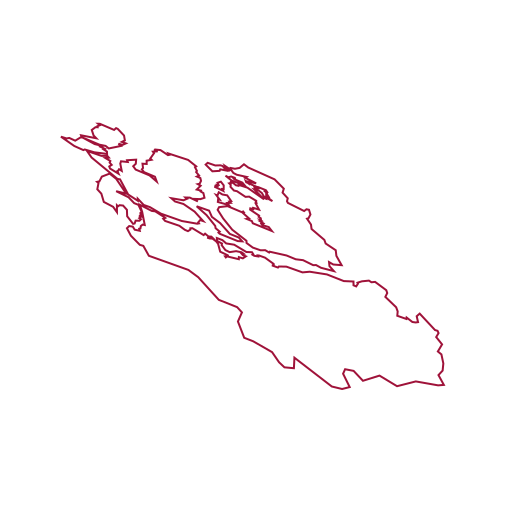 Bindal nor, Nordland, Norway (Equal Earth projection), rotated 37°
{"feature_id": "86288312B2671252892867", "entity_name": "Bindal nor", "entity_type": "district", "adm_level": 2, "iso_a3": "NOR", "parent_name": "Norway", "parent_adm1": "Nordland", "projection": "equal_earth", "projection_center": [12.321, 65.123], "detail": "fine", "context": "isolated", "style": "outline", "palette": "rose", "viewbox_px": 512, "rotation_deg": 37, "n_neighbors": 0, "source": "geoboundaries", "source_scale": "gbopen_adm2", "svg_char_len": 6065}
<svg xmlns="http://www.w3.org/2000/svg" viewBox="0 0 512 512"><g transform="rotate(37 256 256)"><path d="M448.2,207.7L446.0,206.5L443.5,207.4L421.4,203.5L420.6,207.4L425.2,211.3L423.5,213.0L420.6,214.6L413.3,214.5L414.0,215.8L404.8,218.7L402.5,215.0L398.8,212.6L383.9,210.8L383.1,206.6L380.6,204.9L366.7,205.0L364.0,207.5L361.0,207.7L355.8,212.5L353.1,216.3L354.1,216.8L354.3,220.0L351.5,220.7L349.2,217.7L341.2,223.2L323.8,228.0L308.4,236.2L303.0,241.1L286.7,246.2L280.6,250.6L280.5,252.0L274.4,253.9L275.7,252.6L274.9,251.7L264.2,251.9L258.1,253.8L257.0,254.5L257.9,255.1L254.5,256.9L252.4,257.1L252.7,256.2L250.5,255.4L245.9,258.6L231.8,260.1L224.6,263.9L219.7,263.5L213.9,265.2L215.9,267.4L221.4,266.5L222.0,268.0L228.0,269.7L232.6,268.8L237.2,264.1L242.3,261.7L244.5,261.7L243.2,262.8L245.1,263.2L248.1,262.4L246.9,265.8L243.0,267.2L244.2,268.9L233.2,273.7L232.0,275.0L233.7,275.6L231.5,274.9L233.8,272.9L233.1,272.4L224.8,274.1L218.4,269.1L215.4,268.3L210.8,268.3L208.4,269.9L205.9,270.7L211.0,267.7L208.7,267.4L206.3,269.0L201.9,268.8L201.6,270.8L188.4,272.1L186.9,273.4L187.7,274.4L186.7,277.1L183.5,277.9L176.6,278.0L162.3,282.7L159.5,282.1L160.6,280.2L158.9,280.2L148.6,281.0L145.7,282.7L132.4,285.0L138.6,289.3L148.5,298.2L146.6,299.1L146.0,301.4L147.1,303.5L146.3,304.5L148.0,305.8L143.3,308.0L139.9,306.7L136.7,308.4L136.2,311.5L143.9,315.1L156.5,317.0L159.9,315.7L170.3,320.3L210.4,307.8L222.6,307.7L252.7,313.4L271.7,308.2L278.7,309.5L281.0,319.2L295.8,328.4L305.1,325.8L326.7,323.1L338.4,327.0L345.7,327.8L353.8,322.8L347.9,314.1L395.1,314.6L404.8,310.4L409.7,304.3L396.4,297.6L395.3,292.8L403.1,289.0L416.5,291.3L426.6,277.2L447.0,275.1L459.1,260.0L479.3,249.7L483.6,245.9L473.4,241.3L474.0,235.2L470.3,229.1L463.3,223.0L458.7,222.8L457.8,214.6L448.7,212.3L448.2,207.7ZM327.3,221.2L320.8,219.9L318.0,216.9L322.8,216.3L329.9,211.8L320.1,207.5L316.2,203.4L304.1,204.1L300.9,202.0L284.1,201.0L281.0,197.8L274.3,195.5L275.2,194.3L274.5,190.1L270.5,187.2L268.2,188.3L267.4,191.1L249.5,194.4L247.8,193.6L246.6,190.8L239.1,189.4L237.7,185.5L224.7,183.6L196.6,190.0L191.2,190.0L189.9,195.5L186.7,199.0L182.5,201.1L182.7,202.4L177.0,202.7L179.1,203.8L177.5,204.2L178.9,205.1L175.1,204.2L173.0,205.0L169.0,208.2L161.3,210.7L160.8,213.3L170.2,214.6L175.7,209.9L175.3,208.3L181.5,205.3L179.9,204.5L183.4,203.7L183.8,202.0L187.9,203.3L191.7,202.7L200.9,198.5L200.3,200.0L212.4,197.9L204.3,201.7L205.5,202.5L202.9,202.4L203.8,203.0L215.1,200.3L212.7,201.6L214.3,202.6L218.1,199.8L215.2,200.2L216.5,199.6L224.3,197.5L225.5,197.9L222.9,199.0L227.7,199.0L226.5,199.6L232.0,201.7L227.7,201.5L228.3,202.3L236.1,202.3L228.0,203.5L229.3,204.3L228.3,204.6L222.9,202.2L218.7,202.1L214.6,203.9L228.3,205.9L208.0,206.6L199.2,209.7L199.7,210.5L197.4,211.6L193.7,211.4L190.4,212.4L192.7,212.1L190.9,214.1L193.0,214.4L194.0,216.1L199.0,217.0L201.8,215.7L212.0,215.1L214.8,212.7L223.0,211.8L223.6,212.8L222.5,213.0L224.5,213.4L224.1,214.2L230.5,217.1L223.8,219.6L226.5,219.9L222.8,221.4L223.4,222.5L234.2,221.9L234.5,223.1L237.1,223.0L238.2,224.1L237.4,224.6L239.2,224.6L238.2,225.8L242.5,225.5L242.0,226.9L239.6,226.7L242.5,227.5L248.8,225.2L253.6,226.5L233.7,231.8L231.7,230.6L226.2,232.0L227.7,230.2L219.4,229.5L220.1,228.5L218.9,228.2L218.4,229.5L203.3,233.3L197.1,239.2L197.6,242.2L207.2,245.8L221.2,249.3L239.2,249.6L240.6,251.3L248.4,251.2L256.2,248.7L259.9,245.8L264.4,245.3L264.4,244.3L280.1,237.2L289.7,234.7L296.1,231.0L307.2,228.9L309.4,227.1L315.0,226.3L327.3,221.2ZM65.4,276.3L99.0,277.8L101.3,276.6L116.9,283.8L128.4,283.0L127.1,281.4L135.6,282.8L141.9,280.8L154.6,279.4L175.7,272.7L189.6,265.6L190.8,264.3L189.6,263.9L189.8,260.9L192.8,259.9L180.2,257.5L166.8,258.1L158.5,261.2L153.6,260.8L164.6,255.1L166.5,251.8L164.5,251.7L168.0,249.2L176.7,247.4L172.4,247.5L177.4,244.0L179.8,240.5L176.1,237.4L172.9,237.8L172.7,236.9L168.7,238.6L169.5,233.2L166.3,233.6L167.5,232.2L166.9,229.1L164.6,227.2L161.0,228.1L162.1,226.0L157.7,225.0L157.6,223.6L153.8,221.8L154.3,220.4L144.0,220.1L124.7,226.7L126.1,227.1L125.0,228.4L116.0,228.9L111.3,231.7L111.3,232.3L111.6,232.6L114.5,231.6L110.9,234.7L112.7,235.3L112.9,241.8L114.7,242.0L111.3,245.7L113.3,248.3L109.8,250.6L112.8,253.7L112.7,255.5L116.1,256.4L127.6,253.5L131.9,256.3L122.5,255.7L107.9,259.4L103.9,258.2L104.5,254.7L102.3,251.2L95.4,257.1L97.0,258.1L91.2,261.6L92.0,263.9L97.5,268.8L94.4,269.1L94.6,271.6L93.4,271.1L96.7,273.0L86.8,274.0L84.9,272.8L85.9,270.1L82.9,269.5L82.5,267.8L76.7,268.4L79.3,266.0L77.0,265.5L72.4,269.0L57.8,273.8L65.4,276.3ZM138.5,304.3L139.5,303.1L138.6,300.2L141.7,298.0L142.0,295.9L140.0,296.0L140.4,294.2L138.2,294.0L140.6,293.4L137.8,291.3L138.2,289.6L131.3,285.9L126.9,287.1L118.9,285.8L105.3,288.4L114.8,284.3L97.9,278.5L89.5,278.3L85.1,285.4L86.0,290.6L84.5,292.4L86.3,292.5L89.1,298.2L95.0,299.3L101.9,304.4L112.3,302.7L118.6,304.7L114.4,299.2L115.9,299.4L116.5,297.5L119.5,295.7L125.1,296.8L129.2,301.8L138.5,304.3ZM45.3,266.0L64.0,261.3L69.6,258.6L73.7,258.7L81.9,249.4L78.6,249.1L82.6,247.5L84.3,244.4L80.2,245.6L81.7,242.6L78.1,239.2L69.1,237.7L67.3,238.1L66.8,240.7L51.7,244.4L50.3,245.4L52.6,245.5L51.2,247.8L52.0,248.5L50.3,249.7L49.0,254.2L53.8,257.5L57.6,258.1L43.6,264.9L45.3,266.0ZM44.7,277.5L54.4,275.3L55.1,274.0L64.4,270.5L75.6,264.1L74.1,262.3L70.1,262.6L70.8,261.4L64.5,262.7L68.2,260.1L59.8,263.7L46.5,265.7L44.6,266.7L42.2,272.7L35.8,274.1L34.0,276.1L28.4,278.1L44.7,277.5ZM197.2,251.3L191.3,248.0L178.7,252.0L191.9,253.1L205.3,256.5L207.0,258.1L212.4,258.4L212.0,259.9L213.6,260.1L232.4,255.1L236.2,252.6L231.1,251.6L221.8,254.1L207.6,251.3L197.2,251.3ZM196.5,224.9L192.1,227.1L187.9,227.5L188.8,230.8L187.5,231.2L193.2,232.9L191.6,233.5L193.0,235.8L203.6,231.7L201.1,231.0L203.8,228.8L201.9,228.5L203.2,227.1L196.5,224.9ZM187.7,219.0L183.2,217.8L181.2,220.7L183.3,221.8L181.9,222.7L183.0,223.3L181.3,224.3L181.8,225.5L190.6,223.7L188.8,222.7L189.9,222.0L187.7,219.0ZM200.9,205.6L192.5,207.7L191.5,207.5L192.7,206.8L192.0,206.3L188.3,207.5L186.5,209.8L183.3,210.2L191.2,210.4L204.5,206.4L200.9,205.6Z" fill="none" stroke="#9f1239" stroke-width="2"/></g></svg>